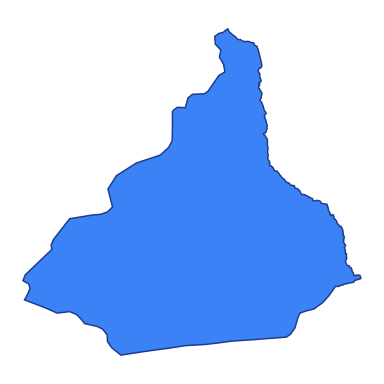 Kadei, Est, Cameroon (orthographic projection)
{"feature_id": "32672807B29047919086815", "entity_name": "Kadei", "entity_type": "district", "adm_level": 2, "iso_a3": "CMR", "parent_name": "Cameroon", "parent_adm1": "Est", "projection": "orthographic", "projection_center": [14.712, 4.477], "detail": "fine", "context": "isolated", "style": "filled", "palette": "blue", "viewbox_px": 384, "rotation_deg": 0, "n_neighbors": 0, "source": "geoboundaries", "source_scale": "gbopen_adm2", "svg_char_len": 3619}
<svg xmlns="http://www.w3.org/2000/svg" viewBox="0 0 384 384"><path d="M337.3,286.5L337.4,286.4L337.8,286.4L338.9,286.3L340.4,285.4L343.4,284.8L344.6,283.8L346.4,283.9L348.2,283.2L353.4,282.3L355.2,280.2L356.3,280.2L357.0,279.5L358.8,279.4L360.3,278.8L361.0,278.0L360.3,276.8L360.0,275.4L359.0,275.1L356.3,275.1L354.7,275.9L354.0,275.7L353.4,273.2L352.0,270.9L351.7,268.7L350.7,267.5L349.9,267.3L349.3,265.9L347.6,265.6L346.9,265.0L345.4,261.4L345.6,260.5L345.7,260.3L346.8,258.7L346.2,257.5L346.6,256.4L346.1,255.1L346.6,254.1L346.3,253.6L345.5,253.4L345.3,252.9L345.4,250.6L344.6,248.2L344.6,247.1L345.5,245.7L345.5,245.0L344.7,244.3L344.3,243.2L343.5,242.2L343.4,241.1L343.9,240.3L343.8,239.0L344.2,237.6L344.3,237.0L344.1,236.3L343.0,235.3L343.4,234.2L343.0,233.3L343.1,232.2L342.6,229.6L341.2,226.6L340.6,226.4L340.2,226.7L339.6,226.3L339.1,225.2L337.4,223.6L336.6,221.2L335.1,219.1L333.4,217.6L333.8,216.7L334.0,216.3L333.1,215.0L332.6,214.5L332.2,214.6L331.2,215.5L330.4,215.2L330.1,214.5L329.9,212.8L328.3,210.4L328.2,209.6L328.4,208.9L327.6,206.0L326.8,204.9L327.0,204.3L326.5,204.0L324.8,204.0L323.7,203.8L321.1,203.2L320.6,201.7L320.0,201.1L318.0,200.6L317.5,200.4L315.9,200.5L315.3,200.9L313.3,200.7L312.7,200.3L312.8,199.1L312.2,198.5L310.8,198.0L310.0,197.7L308.8,196.7L307.1,196.1L304.9,194.7L302.6,194.5L301.5,194.1L300.8,193.3L300.2,191.7L298.1,189.1L297.0,188.5L295.6,188.4L295.0,187.9L294.3,185.7L293.0,185.7L292.4,185.3L290.6,185.2L290.1,184.8L289.7,183.6L287.7,182.5L286.2,182.3L284.5,179.4L283.3,178.8L281.5,177.1L280.8,175.8L279.7,174.9L279.6,174.7L279.2,173.7L277.8,172.6L277.4,171.3L274.6,170.8L272.6,167.0L271.7,166.6L271.1,165.8L270.1,165.6L269.3,165.1L269.9,163.2L269.3,161.1L268.1,159.7L267.7,158.6L268.2,155.2L267.4,152.0L267.9,150.1L267.9,146.8L267.4,145.3L267.4,141.3L267.0,138.4L265.7,137.2L265.5,136.0L263.8,134.5L263.4,133.6L264.9,133.1L265.8,132.4L265.9,132.1L266.3,131.3L266.4,129.9L267.2,128.7L266.8,127.2L267.3,126.1L265.6,119.4L264.5,117.9L264.9,116.7L264.3,115.2L265.6,114.2L266.1,113.4L266.0,112.7L264.2,110.2L263.9,109.0L262.9,105.5L261.5,102.0L260.2,100.9L259.9,100.3L260.4,99.1L261.3,97.9L261.0,97.0L262.0,93.6L261.5,91.9L260.0,90.3L259.6,88.9L258.5,88.2L258.4,87.8L259.0,86.4L259.5,85.6L258.6,84.2L258.8,83.7L259.6,83.9L259.8,83.5L259.5,83.1L259.3,82.8L259.2,82.2L260.9,81.6L261.2,81.1L259.7,76.3L259.8,74.1L259.6,73.4L258.6,72.3L258.3,71.1L258.7,68.8L261.0,67.7L261.4,66.9L261.9,66.0L261.2,61.8L261.1,61.5L258.0,49.1L257.5,48.3L256.9,46.3L254.7,45.3L254.0,43.5L253.2,42.6L251.0,42.6L249.3,41.7L248.3,41.5L247.2,41.3L246.0,41.8L244.2,41.2L242.3,41.2L240.5,39.6L238.3,39.6L236.9,38.7L235.6,36.8L235.3,36.6L233.2,35.3L228.9,31.5L227.9,29.0L227.5,28.9L223.2,32.3L218.8,33.5L214.8,36.3L215.3,44.1L220.9,50.1L219.4,57.1L223.6,64.3L224.9,72.0L219.1,75.3L215.0,81.1L207.8,91.5L204.2,93.8L192.5,94.3L188.0,97.9L185.3,107.7L177.3,107.3L173.7,110.0L172.4,111.9L172.5,121.7L172.2,140.6L168.8,147.3L160.5,155.0L136.4,163.0L116.4,175.7L108.0,189.0L112.5,206.9L107.6,211.9L100.6,214.3L92.4,215.0L79.6,217.1L69.7,218.7L53.6,239.4L52.5,241.9L51.2,245.2L51.8,249.5L25.2,274.9L23.0,280.7L28.8,284.0L30.0,288.3L27.9,293.8L24.5,299.9L44.7,307.6L57.2,313.1L69.7,311.6L75.6,314.1L76.5,314.5L81.0,319.0L84.6,323.6L96.2,326.2L97.1,326.4L102.6,329.1L107.2,334.9L107.5,341.6L111.8,347.8L120.9,355.1L142.3,351.8L173.4,347.5L185.6,345.6L204.9,344.5L217.9,343.0L232.0,341.1L250.1,339.9L286.4,337.1L290.5,334.2L294.9,328.0L295.2,327.0L298.3,316.6L300.1,313.0L306.4,310.9L313.9,309.0L322.7,302.6L329.1,295.5L329.9,294.3L335.5,286.3L337.3,286.5Z" fill="#3b82f6" stroke="#1e3a8a" stroke-width="1.5"/></svg>